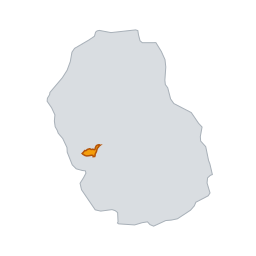 North Macedonia, with Gazi Baba highlighted, rotated 260°
{"feature_id": "MKD-2929", "entity_name": "Gazi Baba", "entity_type": "Municipality", "adm_level": 1, "iso_a3": "MKD", "parent_name": "North Macedonia", "parent_adm1": "", "projection": "natural_earth1", "projection_center": [21.524, 42.006], "detail": "fine", "context": "in_parent", "style": "filled", "palette": "amber", "viewbox_px": 256, "rotation_deg": 260, "n_neighbors": 0, "source": "natural_earth", "source_scale": "10m", "svg_char_len": 1777}
<svg xmlns="http://www.w3.org/2000/svg" viewBox="0 0 256 256"><g transform="rotate(260 128 128)"><path d="M115.0,64.0L119.4,64.5L129.0,61.9L134.9,58.4L137.9,57.9L141.9,56.5L147.7,56.7L153.6,58.3L161.1,56.3L168.4,53.0L171.3,53.8L174.5,56.6L176.6,57.3L188.9,72.1L195.5,78.1L203.4,82.7L212.4,86.0L215.7,89.2L221.5,104.9L224.2,110.9L228.0,112.7L229.0,114.4L229.1,116.7L224.9,127.8L223.3,152.6L222.2,154.6L217.8,154.5L211.8,155.0L209.5,156.9L207.2,170.3L197.6,174.1L188.9,176.3L181.5,175.8L168.6,172.6L164.3,172.3L160.7,174.1L149.2,175.0L144.1,177.4L132.2,193.0L120.2,198.4L116.1,201.1L106.9,197.7L102.5,197.3L96.1,201.3L82.1,201.7L78.3,202.4L67.5,203.0L67.1,200.9L65.1,197.7L60.1,196.3L49.8,197.5L47.3,195.2L43.1,181.9L39.8,179.8L36.2,175.3L30.0,160.9L29.8,154.6L30.3,149.1L26.9,136.2L29.0,132.9L32.2,130.9L32.3,125.6L31.4,117.7L35.2,102.2L36.3,101.1L37.3,101.9L46.5,103.1L48.8,101.1L50.4,98.1L50.9,86.7L53.1,81.5L75.3,71.5L81.9,71.2L86.9,75.7L90.8,78.7L93.2,78.6L94.1,75.6L96.8,69.9L101.4,66.7L114.9,63.9L115.0,64.0Z" fill="#d9dde1" stroke="#a8b0b8" stroke-width="1"/><path d="M105.8,88.8L105.8,88.7L107.0,88.7L107.5,87.7L107.5,86.4L107.5,85.4L107.5,84.3L107.7,82.3L108.5,80.7L110.0,79.0L110.9,78.4L111.6,79.5L112.8,80.9L113.3,81.6L113.1,81.9L113.1,82.7L113.2,83.1L113.6,83.7L113.9,84.1L114.0,84.7L114.1,85.5L114.2,86.5L114.2,86.9L113.6,87.4L113.2,88.0L113.2,88.9L113.1,89.7L113.2,89.8L112.9,90.3L112.5,91.0L112.5,91.3L112.7,91.7L113.4,92.1L114.0,92.3L114.6,92.7L115.2,93.1L115.8,93.5L116.2,94.2L116.5,94.8L116.5,95.6L116.6,96.4L116.6,96.5L116.5,96.8L115.8,97.4L115.8,97.5L115.3,96.6L114.8,95.8L114.4,95.7L113.7,94.7L112.3,93.7L110.2,92.8L108.5,91.5L107.4,90.9L106.6,90.8L106.2,90.5L105.7,90.3L105.8,89.3L105.8,88.8Z" fill="#f59e0b" stroke="#b45309" stroke-width="1.5"/></g></svg>